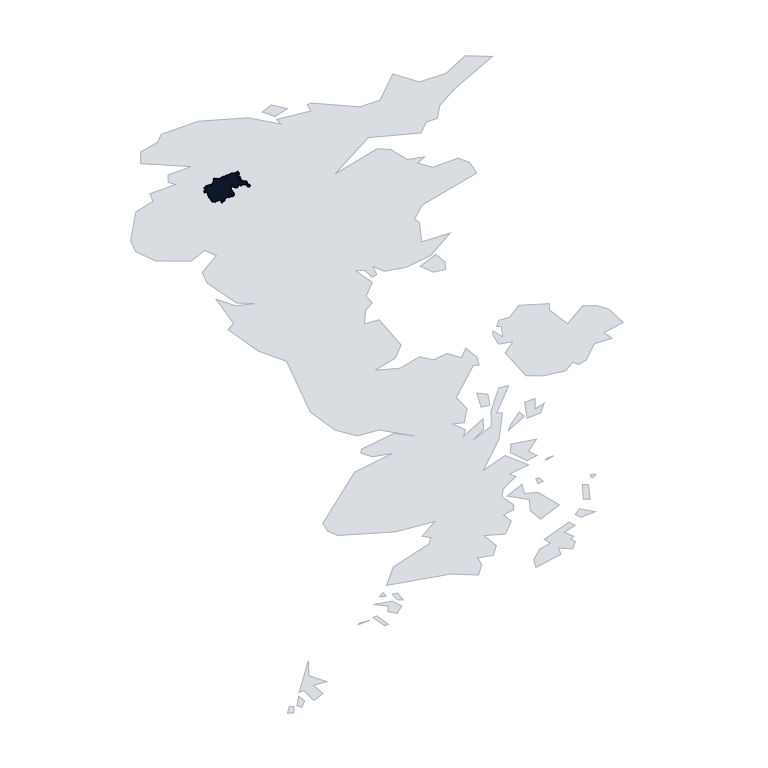 Hertfordshire on a map of United Kingdom (Equal Earth projection), rotated 176°
{"feature_id": "GBR-2042", "entity_name": "Hertfordshire", "entity_type": "Administrative County", "adm_level": 1, "iso_a3": "GBR", "parent_name": "United Kingdom", "parent_adm1": "", "projection": "equal_earth", "projection_center": [-0.306, 51.83], "detail": "fine", "context": "in_parent", "style": "filled", "palette": "ink", "viewbox_px": 768, "rotation_deg": 176, "n_neighbors": 0, "source": "natural_earth", "source_scale": "10m", "svg_char_len": 5301}
<svg xmlns="http://www.w3.org/2000/svg" viewBox="0 0 768 768"><g transform="rotate(176 384 384)"><path d="M418.2,596.9L374.7,619.1L361.2,617.6L345.0,606.3L327.7,607.7L335.0,602.0L320.4,596.8L294.3,604.1L283.3,599.1L276.7,588.0L333.2,560.0L342.0,546.5L337.2,542.3L336.5,523.2L307.5,530.0L328.6,508.9L353.9,498.8L375.6,496.4L386.8,501.8L383.6,493.5L388.6,491.5L395.7,499.0L404.0,498.7L388.7,486.2L395.8,472.6L390.0,465.8L397.3,458.6L399.2,445.4L384.5,448.4L364.2,421.8L370.7,409.2L391.8,398.3L366.8,398.6L346.6,408.7L332.3,404.7L319.3,410.1L304.8,404.8L299.9,414.2L289.3,404.1L287.8,396.3L293.5,396.2L312.9,365.4L302.9,353.6L306.6,339.8L318.3,339.3L305.9,332.6L308.3,326.3L287.7,342.3L287.7,331.8L299.0,321.8L279.9,334.5L279.2,349.3L270.0,372.0L259.7,373.7L273.5,347.4L267.8,346.8L273.1,320.8L290.9,291.0L268.1,304.2L245.5,293.3L265.1,285.4L259.0,282.5L272.4,270.9L274.1,263.3L263.4,254.8L263.3,249.7L273.9,245.1L266.5,238.1L273.5,225.8L294.9,225.8L283.2,215.0L287.1,205.4L302.7,204.0L299.1,197.1L303.0,186.8L330.4,189.8L395.6,182.9L387.6,200.7L350.3,221.4L348.0,227.5L356.4,229.5L342.8,243.3L382.9,235.7L440.9,236.1L450.6,241.3L454.7,249.3L419.5,298.1L380.4,314.2L400.8,312.2L411.9,316.8L410.8,320.7L377.4,334.0L356.9,330.0L392.4,338.5L414.2,334.0L435.9,341.4L459.5,361.2L479.6,413.4L507.0,425.5L535.7,449.0L529.8,454.9L545.6,480.2L526.6,472.4L507.4,473.2L525.5,475.1L553.4,497.1L557.6,508.0L542.3,523.8L553.9,529.8L567.7,520.0L603.1,522.6L622.4,533.2L626.8,544.2L619.6,572.9L601.8,582.3L604.0,590.2L577.9,597.6L585.2,600.1L584.9,607.6L561.5,614.3L611.4,620.8L610.6,632.3L592.9,640.9L588.7,648.7L550.7,659.1L500.6,659.0L468.8,650.5L472.9,655.4L437.7,661.5L441.1,667.8L437.3,669.4L388.7,662.1L368.1,667.5L353.6,692.7L327.8,682.9L300.5,689.5L280.2,705.8L253.0,703.2L292.6,673.8L308.8,658.3L312.1,645.4L323.7,642.2L329.4,631.9L382.4,630.9L418.2,596.9ZM244.2,453.1L213.3,452.6L213.7,446.2L196.7,431.4L180.3,448.1L166.5,447.4L154.6,443.1L141.2,428.6L160.7,420.0L153.5,413.7L171.3,409.5L180.6,393.8L188.5,389.9L194.1,392.6L201.9,384.5L225.0,381.0L241.8,382.4L260.9,406.5L252.6,417.1L267.1,415.8L272.2,425.7L271.4,429.3L262.5,422.7L262.8,432.9L267.6,433.6L265.0,439.6L254.1,441.8L244.2,453.1ZM246.8,198.3L240.3,208.2L229.2,213.7L235.1,217.8L209.1,233.4L203.3,229.7L214.4,223.4L205.2,218.9L208.7,216.1L204.0,213.6L207.2,206.3L221.4,208.2L219.3,201.8L245.3,190.4L246.8,198.3ZM247.0,247.5L247.0,258.6L269.0,263.6L253.3,274.3L251.5,265.1L237.7,265.1L217.5,251.1L237.3,238.2L247.0,247.5ZM476.0,73.2L485.5,83.7L490.3,82.2L478.7,113.3L479.2,98.2L462.0,91.1L475.4,88.3L466.4,79.5L476.0,73.2ZM261.6,315.3L235.7,318.3L244.6,306.7L236.2,302.0L246.8,297.6L262.8,306.7L261.6,315.3ZM326.8,492.1L339.8,498.9L323.4,509.6L314.8,501.8L314.3,494.0L326.8,492.1ZM243.7,339.8L244.9,356.0L234.3,359.1L234.9,348.7L225.5,353.7L229.7,344.3L243.7,339.8ZM396.2,156.7L395.2,162.0L409.6,164.8L390.6,166.8L381.9,161.2L387.0,154.2L396.2,156.7ZM292.1,368.5L281.2,366.6L279.7,355.5L288.7,354.0L292.1,368.5ZM486.4,663.8L477.0,670.3L461.3,665.3L474.0,658.4L486.4,663.8ZM251.0,346.7L246.3,342.0L263.6,328.6L259.9,335.3L251.0,346.7ZM197.1,237.3L202.3,240.5L197.7,245.9L182.2,241.9L197.1,237.3ZM193.2,270.1L187.0,269.2L186.4,254.7L193.2,255.2L193.2,270.1ZM490.8,78.4L485.2,73.5L488.5,67.2L493.2,69.1L490.8,78.4ZM411.4,151.8L407.4,153.2L396.5,144.1L400.1,142.8L411.4,151.8ZM390.5,173.9L385.1,174.6L379.9,167.4L385.6,167.6L390.5,173.9ZM503.3,62.2L500.9,69.2L496.4,68.5L496.8,62.3L503.3,62.2ZM425.5,147.1L414.6,149.4L426.6,145.6L425.5,147.1ZM239.2,278.9L235.9,279.5L232.0,275.8L237.3,273.9L239.2,278.9ZM403.2,172.0L399.4,176.0L396.6,172.3L403.2,172.0ZM226.2,298.7L219.5,300.6L228.6,296.4L226.2,298.7ZM184.8,278.9L180.5,279.7L178.8,278.5L183.1,275.7L184.8,278.9Z" fill="#d9dde1" stroke="#a8b0b8" stroke-width="1"/><path d="M539.6,600.9L532.8,600.1L532.3,601.0L531.9,601.3L531.5,601.6L530.1,601.8L529.3,602.3L528.7,601.4L528.2,601.2L527.9,601.5L527.4,603.0L525.5,603.3L524.1,603.6L521.4,604.9L520.1,604.8L518.5,604.8L517.2,605.1L516.6,604.7L516.0,604.8L515.8,605.9L515.4,606.3L514.2,605.3L513.8,604.2L513.9,603.2L515.2,601.5L515.3,601.0L514.8,600.8L513.3,601.0L513.1,599.8L512.6,598.9L512.7,598.4L513.9,597.6L513.8,597.2L513.1,597.0L511.9,597.4L510.7,596.3L508.5,596.3L507.0,595.7L506.4,595.0L506.4,594.0L506.2,593.4L505.3,592.6L504.6,592.5L503.6,591.4L504.5,590.1L505.1,590.0L506.4,590.4L506.5,590.8L506.3,591.3L507.4,592.4L509.4,592.5L511.1,593.0L512.5,591.7L513.4,591.9L514.4,593.0L514.7,593.0L515.6,592.2L516.0,590.9L516.9,590.2L517.5,590.1L519.2,590.4L521.1,591.6L521.9,591.5L522.3,590.8L523.1,590.3L523.4,589.9L522.8,589.0L522.7,588.0L521.8,587.3L521.6,586.3L520.9,585.5L520.2,584.6L520.2,583.3L520.8,582.3L521.4,581.9L521.6,583.3L521.7,583.7L522.1,583.7L522.9,582.8L522.5,582.1L522.8,581.7L524.6,581.5L525.6,580.9L526.8,581.7L527.4,581.8L528.3,580.7L530.1,579.9L529.9,578.6L530.9,577.6L532.2,577.0L532.8,576.1L533.5,576.3L533.6,576.8L533.4,577.7L534.2,578.3L534.3,579.0L534.7,579.3L536.8,578.4L538.7,578.0L539.6,577.2L540.1,577.4L542.7,577.8L544.2,580.3L544.3,581.5L545.7,582.2L545.9,583.6L546.5,584.7L546.7,586.4L547.3,587.8L549.7,587.4L549.5,588.1L550.0,588.5L550.1,589.0L548.9,590.1L548.8,591.5L549.7,592.1L548.4,592.7L548.1,593.7L545.6,594.5L542.0,595.1L540.2,597.3L539.6,600.9Z" fill="#0f172a" stroke="#020617" stroke-width="1.5"/></g></svg>